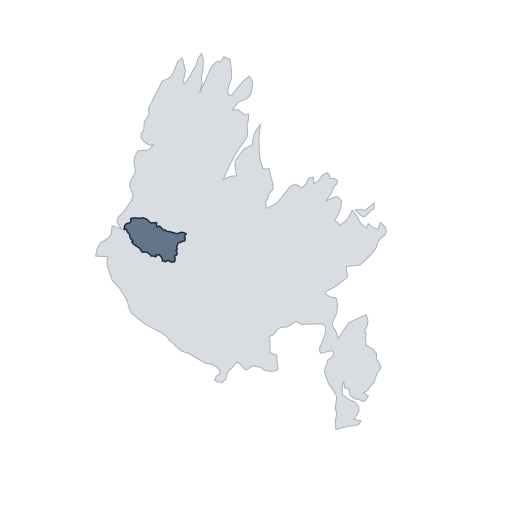 location of Kilkenny within Ireland, rotated 133°
{"feature_id": "IRL-722", "entity_name": "Kilkenny", "entity_type": "County", "adm_level": 1, "iso_a3": "IRL", "parent_name": "Ireland", "parent_adm1": "", "projection": "mercator", "projection_center": [-7.22, 52.568], "detail": "fine", "context": "in_parent", "style": "filled", "palette": "slate", "viewbox_px": 512, "rotation_deg": 133, "n_neighbors": 0, "source": "natural_earth", "source_scale": "10m", "svg_char_len": 6503}
<svg xmlns="http://www.w3.org/2000/svg" viewBox="0 0 512 512"><g transform="rotate(133 256 256)"><path d="M313.5,94.0L304.3,100.6L302.9,103.0L300.3,113.0L300.0,115.8L294.2,126.8L291.0,129.0L286.1,130.8L283.4,132.6L279.9,131.7L275.5,131.8L273.3,133.8L273.4,135.3L274.7,137.0L282.9,142.1L282.4,144.2L280.1,146.6L265.6,152.4L261.2,156.0L259.7,158.3L261.3,162.3L272.9,174.0L274.8,175.3L276.6,182.1L286.8,184.9L291.0,189.2L294.6,190.2L302.4,189.8L305.6,191.4L307.4,190.2L308.4,188.0L317.2,179.7L314.5,173.5L323.3,162.9L325.8,163.0L329.9,166.2L333.4,170.7L334.4,176.8L337.7,182.2L339.8,184.0L345.4,185.1L346.7,187.2L345.7,195.0L346.6,197.6L360.9,197.4L366.7,194.0L371.6,194.6L374.1,198.1L375.2,201.7L370.9,203.0L366.4,202.3L364.3,204.7L364.1,209.2L365.6,215.0L368.6,219.2L371.0,228.5L373.0,238.7L376.1,244.9L376.7,252.6L376.3,256.4L376.8,263.2L375.5,265.5L376.5,271.9L381.7,292.3L382.7,308.1L380.2,314.0L376.7,319.6L374.5,326.3L372.7,333.4L371.7,344.9L364.2,358.4L361.1,361.7L357.4,363.8L365.4,373.2L358.9,377.3L351.7,378.6L343.8,376.3L338.9,376.6L332.6,381.4L331.2,380.6L328.2,372.9L326.0,380.8L321.5,383.3L313.7,382.8L300.6,384.9L295.6,387.2L293.5,390.7L292.0,394.7L289.9,397.1L287.6,398.4L277.5,401.4L275.6,402.6L270.9,409.1L264.8,412.9L259.7,414.1L255.2,410.2L253.4,408.0L251.3,406.8L244.4,407.0L246.5,408.2L248.0,410.8L248.6,416.0L247.8,421.0L244.4,423.6L240.4,424.0L234.0,429.3L225.5,430.7L220.9,435.5L192.8,443.6L191.2,443.7L187.4,441.6L183.1,440.7L179.0,441.3L167.2,445.9L161.5,445.0L168.8,433.7L178.5,428.0L179.5,426.5L176.4,425.7L157.8,429.7L151.4,433.0L144.9,434.0L147.9,428.9L156.2,421.8L163.4,417.2L166.5,413.0L175.3,408.3L147.1,418.0L139.6,416.9L137.9,414.2L132.1,415.4L129.9,408.9L138.5,398.9L143.5,394.6L149.4,392.3L155.1,389.0L157.2,384.9L154.5,383.6L137.5,384.6L129.3,383.7L129.7,380.5L131.2,376.9L139.7,370.8L144.3,369.8L148.4,370.4L155.6,374.0L165.2,372.8L161.2,368.9L160.5,360.9L157.4,358.2L161.3,354.5L165.8,352.3L173.3,344.6L176.0,343.4L190.8,341.5L206.8,337.5L222.6,331.9L214.5,328.7L210.6,324.6L204.4,333.0L199.9,336.2L187.1,337.9L183.1,336.9L177.4,334.3L175.7,335.3L174.1,337.3L165.6,341.4L156.8,342.4L167.1,334.9L180.1,322.1L183.0,318.1L187.2,311.1L185.9,307.9L183.2,306.2L192.7,291.6L196.0,289.0L202.0,288.6L206.5,286.3L208.4,286.3L210.2,285.4L214.1,281.0L208.1,278.2L201.9,276.8L182.7,278.3L180.2,278.0L177.8,276.7L176.2,274.7L175.1,269.8L173.7,268.7L169.3,268.7L165.1,270.2L162.1,270.0L159.2,267.9L163.8,262.8L157.8,261.6L151.7,262.6L146.6,261.0L146.5,257.8L148.8,254.6L145.8,251.6L145.2,247.8L148.4,245.9L151.9,246.5L159.0,243.7L168.2,242.3L160.3,239.5L157.2,237.1L157.0,233.4L157.7,230.3L166.8,224.9L176.4,222.6L175.7,219.1L176.4,215.3L166.6,214.2L156.9,216.8L158.0,209.6L160.3,203.0L160.8,198.6L160.3,194.0L155.8,196.0L155.2,189.4L153.3,184.9L146.6,188.0L146.7,182.0L148.7,177.8L152.2,176.0L155.7,176.8L162.1,176.7L168.4,173.6L177.4,172.8L191.7,173.8L201.6,182.6L204.1,181.0L208.0,175.5L209.9,174.8L224.7,177.3L234.0,180.5L236.4,179.5L235.1,173.3L231.9,169.0L235.9,163.3L240.8,159.5L244.0,157.6L251.5,155.2L254.7,153.0L256.9,145.7L260.4,139.6L241.6,142.7L223.8,135.5L226.6,130.4L230.4,127.5L236.9,125.3L237.5,122.6L240.8,120.4L246.2,114.5L244.2,106.9L245.3,101.3L249.2,97.6L250.4,92.4L252.2,88.5L260.1,87.1L267.8,83.5L279.6,83.0L282.6,84.5L281.9,78.1L287.5,77.3L289.6,78.6L290.6,83.1L293.1,86.0L293.9,91.0L292.2,94.8L289.4,97.8L292.0,100.8L288.0,106.3L292.3,104.0L298.4,98.6L298.1,94.2L297.1,88.7L295.3,83.7L296.1,78.2L299.6,74.7L308.7,73.0L305.0,66.7L308.3,66.1L311.9,67.4L317.2,72.3L328.4,79.2L322.9,85.3L316.2,89.5L313.5,94.0ZM155.0,212.0L154.7,214.8L150.4,211.2L148.3,207.4L136.5,205.6L141.4,201.7L143.8,202.9L152.2,203.0L154.5,204.7L155.0,212.0Z" fill="#d9dde1" stroke="#a8b0b8" stroke-width="1"/><path d="M326.5,370.2L326.7,371.2L326.5,370.9L325.6,371.2L324.2,372.2L323.7,372.5L323.0,372.7L321.9,372.8L321.6,372.9L321.1,372.8L320.3,372.5L318.7,371.5L317.3,370.8L316.6,370.9L316.1,371.0L315.8,371.2L315.6,371.4L314.7,372.7L314.5,372.9L314.2,373.1L313.7,373.0L312.8,372.4L311.1,370.9L309.2,368.7L308.1,367.0L307.3,366.3L305.0,364.7L303.8,361.5L303.6,360.3L303.6,359.5L303.7,358.5L303.8,356.6L303.6,356.0L303.5,355.6L301.8,353.8L301.4,353.3L301.0,352.8L299.9,352.1L299.6,351.8L299.6,351.5L299.7,351.2L299.9,350.9L300.3,350.5L301.1,350.0L301.6,349.6L301.7,349.4L301.8,349.1L301.9,348.9L301.9,348.6L301.9,347.9L301.8,347.6L301.6,347.4L300.6,347.5L300.3,347.4L300.1,347.1L300.0,346.7L299.9,345.1L300.1,342.8L300.2,341.8L300.1,341.3L299.9,340.9L299.3,340.5L299.0,340.2L298.9,339.8L298.9,338.4L298.8,338.0L298.6,337.6L297.0,335.7L294.2,330.0L293.9,329.4L293.7,329.1L293.4,328.9L292.3,328.3L291.2,327.6L290.9,327.4L289.6,326.9L288.3,324.8L288.0,324.1L287.4,322.3L290.3,321.7L290.6,321.5L290.9,321.2L291.0,320.7L291.3,320.0L292.5,318.9L293.1,318.6L293.6,318.5L293.8,318.7L294.1,319.0L294.5,319.3L295.4,319.6L296.6,320.2L297.4,320.4L297.6,320.5L298.4,321.2L298.7,321.4L299.5,321.7L299.9,321.7L302.8,320.5L303.5,320.1L303.9,319.7L304.0,319.4L304.2,319.0L304.5,318.6L305.2,318.1L305.6,318.0L305.9,318.2L306.3,318.4L306.5,318.3L306.6,318.0L306.9,317.0L307.2,316.5L307.5,316.1L307.8,315.7L308.5,315.1L309.0,314.9L309.4,314.8L309.8,314.8L310.8,315.4L311.4,315.5L311.8,315.4L312.1,315.2L312.3,314.9L312.4,314.2L312.5,313.9L315.0,312.0L315.6,311.8L316.0,311.9L316.2,312.0L318.2,313.7L318.4,313.9L318.5,314.2L318.5,314.6L318.5,315.4L318.5,315.8L318.6,316.1L319.0,316.7L319.3,317.2L319.5,317.5L319.9,317.8L321.6,318.1L321.9,318.3L322.1,318.6L322.2,318.8L322.5,319.4L322.6,319.7L322.9,320.3L323.5,321.0L322.3,322.2L321.7,323.5L321.3,324.8L321.2,325.5L321.2,326.7L321.1,327.1L320.8,327.5L321.0,327.7L321.6,327.9L321.9,328.2L322.1,328.5L322.4,329.1L322.6,329.4L323.0,329.5L323.2,329.4L324.0,328.8L324.3,328.8L324.6,328.8L324.9,329.0L325.2,329.3L325.5,329.8L326.3,331.4L326.3,331.5L326.7,332.0L327.2,332.4L327.5,332.5L327.5,333.0L327.3,333.4L327.2,333.8L327.2,334.4L327.2,335.3L327.4,337.1L327.6,337.9L327.8,338.5L328.1,339.1L328.5,339.6L330.0,341.0L330.5,341.5L330.7,342.0L330.7,342.4L330.5,343.6L330.5,344.0L330.3,344.3L329.8,345.1L329.7,346.7L330.7,352.3L330.9,353.9L330.7,355.5L330.4,356.2L330.1,356.5L329.5,356.4L329.2,356.4L328.8,356.6L328.8,356.9L328.9,357.9L328.9,359.0L328.7,359.7L328.5,360.2L328.0,361.2L327.8,361.5L326.6,362.9L326.4,363.4L326.3,363.9L326.3,364.3L326.3,364.9L326.3,365.7L326.2,366.2L326.1,366.6L325.3,368.1L325.1,368.6L325.1,369.1L325.2,369.4L325.4,369.7L325.6,369.9L326.0,370.1L326.3,370.2L326.5,370.2Z" fill="#64748b" stroke="#1e293b" stroke-width="1.5"/></g></svg>